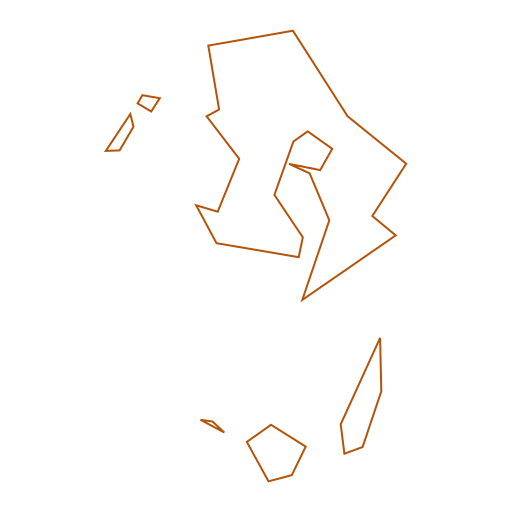 SVG path tracing the border of Kagoshima
{"feature_id": "JPN-3501", "entity_name": "Kagoshima", "entity_type": "Prefecture", "adm_level": 1, "iso_a3": "JPN", "parent_name": "Japan", "parent_adm1": "", "projection": "robinson", "projection_center": [130.414, 30.803], "detail": "coarse", "context": "isolated", "style": "outline", "palette": "amber", "viewbox_px": 512, "rotation_deg": 0, "n_neighbors": 0, "source": "natural_earth", "source_scale": "10m", "svg_char_len": 727}
<svg xmlns="http://www.w3.org/2000/svg" viewBox="0 0 512 512"><path d="M406.2,163.7L372.3,216.0L395.7,235.4L302.3,299.9L329.3,220.3L309.6,173.3L289.0,163.9L320.2,170.1L332.2,148.8L307.7,131.4L293.4,141.5L274.4,194.9L302.8,237.3L298.7,257.2L216.5,243.2L196.2,205.3L217.7,211.7L239.2,158.8L206.6,116.3L219.1,109.5L208.3,45.6L292.9,30.7L347.6,116.3L406.2,163.7ZM305.7,446.6L291.8,475.1L268.5,481.3L246.8,441.9L271.0,424.8L305.7,446.6ZM380.1,337.9L381.3,391.3L362.6,447.0L344.4,453.7L340.7,424.3L380.1,337.9ZM130.3,114.1L133.5,126.7L119.6,150.4L105.8,150.9L130.3,114.1ZM159.8,98.2L151.2,111.5L137.6,103.4L142.4,95.2L159.8,98.2ZM212.4,421.5L224.3,432.5L200.5,419.8L212.4,421.5Z" fill="none" stroke="#b45309" stroke-width="2"/></svg>